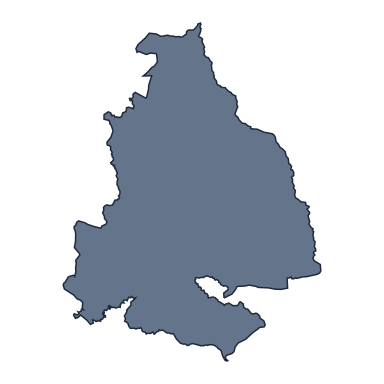 Albania, La Guajira, Colombia (orthographic projection)
{"feature_id": "7082276B89391660501858", "entity_name": "Albania", "entity_type": "district", "adm_level": 2, "iso_a3": "COL", "parent_name": "Colombia", "parent_adm1": "La Guajira", "projection": "orthographic", "projection_center": [-72.544, 11.245], "detail": "fine", "context": "isolated", "style": "filled", "palette": "slate", "viewbox_px": 384, "rotation_deg": 0, "n_neighbors": 0, "source": "geoboundaries", "source_scale": "gbopen_adm2", "svg_char_len": 5994}
<svg xmlns="http://www.w3.org/2000/svg" viewBox="0 0 384 384"><path d="M265.2,324.9L263.9,320.9L259.9,318.0L259.7,316.0L257.4,313.7L255.9,313.2L253.5,313.9L251.4,313.6L247.6,309.0L245.9,309.0L243.7,307.2L243.3,304.0L240.4,301.8L239.7,302.0L237.7,305.5L233.1,305.7L228.6,303.0L227.6,303.8L225.6,304.0L224.4,305.4L223.5,304.3L220.2,302.2L218.3,301.5L217.6,299.6L216.2,298.9L215.5,297.8L213.0,297.0L208.4,297.8L207.9,297.1L208.2,295.9L206.9,293.7L204.9,293.1L203.9,290.2L202.8,290.5L201.0,289.8L201.3,288.1L200.4,287.1L198.7,287.2L198.7,286.1L197.9,285.2L197.9,283.9L196.8,283.9L196.4,283.0L195.6,282.9L194.9,280.0L195.7,279.2L195.3,278.2L196.8,277.5L199.4,278.1L200.8,277.4L203.6,277.5L205.5,276.1L207.5,276.1L211.1,277.3L212.5,276.9L212.9,278.2L214.0,278.4L215.1,280.1L216.6,279.6L218.6,280.7L218.7,282.3L220.1,283.0L220.7,284.5L223.7,286.2L225.1,285.7L226.5,286.2L228.2,287.8L228.0,289.7L223.7,293.1L224.0,297.2L224.5,297.7L231.9,294.1L235.4,289.8L236.8,286.9L237.6,286.4L245.0,286.0L249.3,285.1L256.1,286.4L258.1,287.4L268.8,287.9L274.6,289.1L280.9,289.4L287.6,288.1L287.1,278.0L289.0,278.0L291.2,277.0L291.7,278.6L293.4,278.9L295.2,278.0L297.0,278.3L303.1,276.8L306.7,276.7L317.2,274.3L319.7,273.0L320.8,270.8L320.3,264.5L314.3,260.8L312.9,258.3L313.9,255.8L314.9,254.9L313.4,253.0L313.7,252.0L315.8,250.9L315.5,248.7L314.4,247.1L315.1,241.8L313.7,240.1L313.6,237.2L312.8,235.3L313.7,231.6L312.4,230.4L313.1,228.8L311.2,227.6L308.9,223.9L309.7,221.7L308.0,215.6L309.4,213.8L309.6,212.4L307.0,209.3L308.8,207.5L309.1,206.5L306.2,205.2L305.6,204.3L305.8,203.0L305.5,202.4L300.9,201.8L298.0,199.2L296.1,198.3L294.6,195.7L295.4,190.7L293.5,188.0L294.2,186.0L292.1,181.8L292.6,181.3L292.5,178.8L291.4,177.8L291.9,176.7L293.7,175.7L293.7,172.2L292.5,170.0L290.8,169.7L291.5,166.4L290.2,164.3L288.9,163.9L288.2,158.4L286.2,156.2L285.1,151.5L282.0,148.5L280.3,147.7L278.0,143.7L276.2,142.1L275.3,137.4L274.2,135.2L272.2,133.7L264.2,132.3L257.2,129.2L251.1,128.8L250.6,128.4L250.9,126.9L248.0,125.9L245.4,123.7L242.0,123.1L238.9,119.6L237.6,116.8L236.3,116.2L234.9,114.1L237.7,106.6L236.6,103.9L237.2,101.8L235.8,98.2L235.8,96.0L232.3,94.4L231.2,92.6L228.8,91.5L226.0,88.9L225.3,87.7L222.9,87.6L220.7,86.7L220.1,85.6L218.3,85.3L216.7,83.6L216.6,81.3L213.9,77.6L214.3,75.8L213.5,74.6L213.6,72.7L211.9,70.4L211.4,64.9L212.0,63.7L211.9,62.4L210.4,61.2L208.4,57.7L206.5,57.3L203.8,54.6L204.6,51.7L203.7,48.6L204.6,47.3L202.0,41.7L202.5,39.1L201.1,37.7L199.2,37.0L198.5,35.9L199.6,34.2L200.7,30.9L200.6,29.1L201.1,28.6L200.2,27.9L200.1,25.5L200.9,24.6L200.4,23.0L197.9,24.0L197.4,25.7L194.3,29.4L192.5,30.1L188.7,30.0L187.2,30.9L186.5,31.9L186.4,34.0L182.1,37.1L177.9,36.5L176.2,36.9L172.6,36.0L170.8,36.2L167.7,35.2L161.0,36.4L156.1,33.9L149.3,33.2L145.3,38.0L138.1,44.5L135.9,48.7L137.1,52.4L138.5,51.4L146.3,54.5L150.3,53.1L155.8,53.6L156.5,54.1L157.3,59.4L157.1,62.4L154.7,65.7L151.4,67.9L147.4,72.4L143.2,76.0L151.7,75.7L148.8,85.0L148.5,89.3L146.7,96.9L145.7,98.1L135.2,92.4L133.4,93.7L132.9,95.1L133.4,96.8L131.6,98.9L129.8,98.2L129.4,98.7L130.3,100.7L131.7,100.4L132.5,100.9L132.3,103.8L134.1,105.8L133.4,107.4L133.5,108.7L128.8,107.2L126.6,107.7L126.0,111.6L122.8,112.8L121.7,116.1L120.4,117.4L119.7,117.2L118.8,117.6L117.2,116.9L114.8,117.1L114.3,115.4L111.7,115.6L111.8,114.8L110.8,113.9L110.9,113.1L108.3,111.8L104.1,114.6L104.0,119.2L109.0,120.5L109.9,122.5L109.7,123.5L111.2,125.3L113.1,130.9L110.9,137.3L107.2,141.8L106.9,143.3L107.5,145.3L109.1,145.5L110.8,147.0L110.5,149.8L112.2,152.2L111.4,154.2L112.2,155.0L112.0,156.4L113.5,158.2L113.2,160.4L110.7,162.7L111.4,164.2L112.8,164.4L113.1,165.7L114.6,165.6L114.2,166.9L115.0,167.6L114.8,168.6L116.0,169.4L116.5,171.7L117.5,172.7L116.2,175.8L118.0,179.3L117.2,180.9L117.0,184.7L118.3,186.6L118.5,188.6L120.1,191.6L119.7,194.5L118.4,196.0L119.6,197.8L118.9,198.9L117.8,199.1L117.5,200.0L115.0,200.1L112.5,205.0L110.0,205.6L106.8,204.9L105.2,205.6L103.5,207.4L103.7,210.4L102.6,212.8L104.4,216.3L104.5,218.5L106.8,221.4L106.8,222.3L105.7,224.4L102.0,225.9L100.8,228.2L94.2,226.6L87.9,224.5L84.7,222.7L78.6,220.9L76.7,222.2L75.7,225.2L74.2,226.5L74.2,228.9L75.1,230.5L75.7,234.1L75.5,241.5L74.4,247.6L79.3,253.5L79.9,254.9L75.9,260.1L75.8,261.9L76.3,262.8L75.6,267.9L75.9,271.5L74.7,276.5L73.5,275.3L69.1,276.5L68.0,277.4L65.2,282.1L63.8,283.2L63.2,285.1L64.4,289.0L73.8,295.1L77.2,298.9L80.6,300.3L82.7,302.6L82.2,308.6L83.4,309.7L81.4,309.4L81.0,311.3L78.9,312.2L78.1,311.9L79.1,313.4L78.5,314.2L77.1,314.8L74.2,313.8L73.6,315.2L75.5,318.4L78.0,317.5L80.7,315.1L86.9,320.2L90.4,324.4L93.3,323.1L92.7,319.8L94.8,320.5L95.8,321.5L97.3,321.3L97.8,320.4L100.4,321.3L100.9,320.8L100.6,319.3L102.5,319.1L103.7,317.3L105.5,317.0L105.4,315.6L103.7,315.7L104.1,313.2L103.0,314.2L102.5,313.8L104.5,310.0L106.5,310.5L108.1,308.3L109.6,309.2L110.1,308.9L110.1,307.6L108.5,306.6L108.6,305.8L110.1,305.9L112.0,307.7L113.6,307.1L115.8,308.1L118.8,307.0L120.2,307.3L120.1,305.4L120.7,304.9L120.4,304.4L121.6,302.8L124.1,302.9L123.1,301.3L123.4,300.2L125.9,300.1L127.0,300.8L128.7,297.2L130.7,297.8L131.4,296.4L133.8,298.4L135.7,297.7L134.9,298.9L130.8,302.2L131.0,305.1L126.7,310.1L126.9,311.6L124.4,316.1L125.5,318.7L124.7,321.4L125.9,321.7L128.0,323.5L128.7,326.1L130.3,328.3L134.4,328.2L136.0,329.1L137.6,328.2L139.6,328.4L140.6,327.5L141.9,329.5L142.0,330.8L142.8,331.7L145.1,332.1L146.3,334.0L147.2,333.4L150.7,333.4L152.6,332.0L153.3,332.4L153.8,334.0L154.5,334.1L156.8,331.7L158.6,331.4L159.1,329.8L160.8,330.6L162.4,329.9L167.0,333.0L169.5,333.0L171.2,334.0L173.2,333.4L176.5,339.1L180.3,343.1L183.1,344.1L185.2,344.0L187.3,345.5L189.0,345.2L190.2,344.1L193.2,343.6L200.6,345.7L204.0,345.7L205.8,344.9L207.7,345.4L209.1,344.7L213.2,344.8L217.0,346.9L217.8,348.2L221.0,350.4L222.7,356.0L224.9,360.1L226.6,361.0L227.7,360.6L225.8,358.8L225.4,356.7L226.7,355.3L231.0,353.9L233.2,352.6L234.0,351.5L235.3,346.8L238.2,343.0L245.7,339.2L252.8,332.6L258.1,328.9L259.4,327.5L264.2,326.8L265.2,324.9Z" fill="#64748b" stroke="#1e293b" stroke-width="1.5"/></svg>